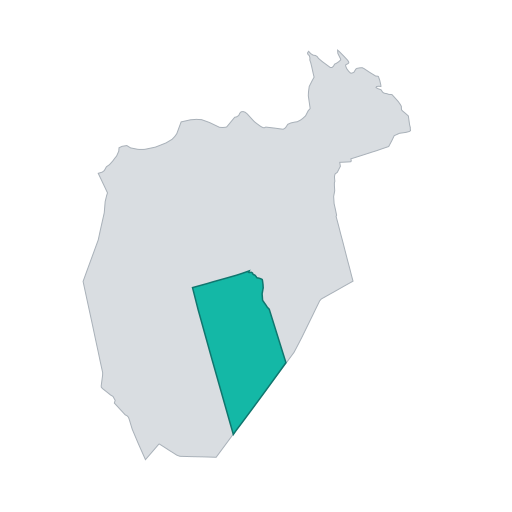 Iférouane, Agadez, Niger (highlighted), rotated 165°
{"feature_id": "23599985B42361363165505", "entity_name": "Iférouane", "entity_type": "district", "adm_level": 2, "iso_a3": "NER", "parent_name": "Niger", "parent_adm1": "Agadez", "projection": "equal_earth", "projection_center": [8.793, 20.451], "detail": "fine", "context": "in_parent", "style": "filled", "palette": "teal", "viewbox_px": 512, "rotation_deg": 165, "n_neighbors": 0, "source": "geoboundaries", "source_scale": "gbopen_adm2", "svg_char_len": 3800}
<svg xmlns="http://www.w3.org/2000/svg" viewBox="0 0 512 512"><g transform="rotate(165 256 256)"><path d="M387.0,376.7L382.8,376.8L380.4,377.8L377.4,380.9L374.0,382.1L369.8,384.8L367.2,386.9L364.8,388.6L361.4,392.8L360.3,396.0L356.9,396.6L352.2,396.1L349.2,392.9L342.3,389.5L337.7,388.2L335.7,387.8L325.0,387.2L313.7,388.5L308.0,390.1L306.9,390.4L303.6,392.4L300.9,394.6L293.6,404.9L283.9,404.5L278.2,403.4L273.3,401.8L266.4,397.0L257.9,389.7L254.7,388.7L251.8,388.2L250.8,388.3L240.7,395.5L238.7,395.4L236.3,396.2L234.8,398.0L233.6,398.9L232.4,399.1L230.8,398.7L229.2,397.6L227.7,395.5L223.5,387.4L222.7,386.0L220.9,383.6L217.9,379.9L215.9,378.1L214.7,377.7L213.2,378.0L205.1,374.8L197.0,371.4L195.3,371.8L194.0,372.5L191.2,375.0L187.9,375.5L183.7,375.3L181.4,375.0L177.7,375.8L175.2,376.8L171.9,378.5L167.7,383.1L166.5,383.7L165.5,384.5L164.0,397.2L162.8,401.0L160.7,406.0L156.4,410.8L153.6,413.7L153.5,417.7L153.2,424.1L153.1,428.5L153.3,431.4L152.8,432.8L152.6,434.1L152.7,435.9L153.4,436.8L153.8,438.0L153.5,439.0L152.2,440.1L150.7,437.2L148.8,435.2L146.7,434.3L145.3,432.8L144.5,430.7L141.8,426.8L135.5,418.9L134.8,418.7L133.8,418.4L132.0,419.3L130.8,420.6L130.1,421.1L128.9,421.2L125.9,422.2L123.4,423.5L123.3,424.5L124.5,430.5L123.9,433.7L122.8,432.2L119.4,426.2L117.0,421.7L116.6,420.7L116.2,419.2L116.5,418.5L117.4,418.0L119.7,417.5L120.1,417.0L120.2,415.8L119.9,413.5L118.7,410.4L117.4,408.3L116.7,407.9L115.4,407.9L113.9,408.1L111.2,410.7L110.0,411.1L107.2,410.9L104.7,410.4L103.2,409.1L98.8,404.1L93.9,398.9L91.8,398.1L91.3,397.6L91.0,393.5L91.2,388.7L91.5,387.4L93.5,388.2L95.7,388.5L96.5,387.6L94.7,385.9L92.2,384.2L91.3,381.5L90.6,380.6L89.4,379.7L88.1,379.2L86.8,378.4L85.9,377.7L84.5,377.3L82.9,376.7L80.7,372.5L78.6,368.3L77.4,365.0L76.9,363.0L77.6,359.7L77.0,358.3L74.6,354.9L72.6,351.8L73.2,346.9L73.7,342.8L73.7,340.2L74.1,338.8L74.3,337.1L75.7,336.6L79.1,336.6L85.8,337.4L91.1,336.5L91.4,336.4L95.2,332.0L99.5,327.4L105.8,327.0L112.5,326.5L117.9,326.3L125.6,325.9L131.9,325.6L139.2,325.3L139.4,323.2L139.9,322.6L140.6,322.6L145.9,323.7L150.9,324.8L151.3,320.8L155.8,315.8L158.3,314.8L158.9,314.0L159.7,312.3L160.2,309.7L160.5,307.8L161.4,306.3L162.1,303.5L163.1,298.6L165.6,293.4L167.0,286.4L167.3,279.6L167.6,274.5L168.4,273.5L168.4,264.3L168.5,255.2L168.5,247.4L168.6,237.8L168.7,229.4L168.7,220.2L168.8,212.1L168.8,206.6L173.9,205.3L179.1,204.0L186.7,202.0L195.0,199.9L204.0,197.6L206.1,196.2L212.9,188.4L216.0,184.8L222.1,177.8L226.8,172.4L232.8,165.5L239.1,158.6L244.2,153.1L252.1,146.8L264.0,137.4L275.9,128.0L287.7,118.7L299.5,109.3L311.4,99.9L323.1,90.6L334.9,81.2L346.6,71.9L358.5,75.5L369.9,78.8L381.3,82.2L384.0,84.1L390.1,90.7L397.9,99.3L398.2,99.4L398.6,99.4L405.9,94.4L415.5,87.9L418.3,105.6L420.4,120.8L420.7,130.5L420.9,133.1L421.7,134.8L423.5,136.5L430.9,150.6L429.4,153.0L430.5,157.4L432.4,159.3L438.6,167.7L439.4,169.4L439.1,170.7L435.0,180.6L434.3,183.0L433.7,195.7L433.2,204.6L432.6,216.9L431.8,231.7L431.2,244.1L430.4,260.6L429.6,276.2L423.6,284.8L412.9,300.0L404.2,312.4L399.9,320.8L391.4,337.0L387.6,347.6L384.6,353.1L383.1,355.4L384.5,363.2L387.0,376.7Z" fill="#d9dde1" stroke="#a8b0b8" stroke-width="1"/><path d="M266.4,243.4L274.1,242.8L279.7,242.5L292.7,242.3L303.7,242.2L310.4,242.0L325.5,241.9L325.8,219.4L325.7,209.7L325.3,169.5L324.1,89.5L320.3,92.7L312.2,99.0L299.2,109.3L283.8,121.6L269.1,133.5L254.7,145.2L257.0,201.2L258.4,203.7L259.3,206.6L260.0,208.4L261.1,211.5L260.8,213.1L260.4,215.1L259.9,217.9L259.4,218.9L258.6,220.6L257.8,222.4L257.3,223.3L257.0,224.9L256.7,226.2L256.3,229.0L256.1,230.5L256.1,231.7L257.3,232.8L259.2,234.0L260.6,234.6L261.0,235.2L261.1,235.8L261.8,237.4L262.3,238.1L263.1,238.5L263.6,239.2L263.8,240.5L264.8,241.5L267.0,241.8L267.4,242.2L266.4,243.4Z" fill="#14b8a6" stroke="#0f766e" stroke-width="1.5"/></g></svg>